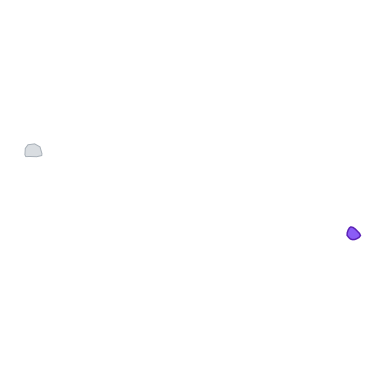 Cook Islands, with Mangaia highlighted, rotated 348°
{"feature_id": "COK-4952", "entity_name": "Mangaia", "entity_type": "state/province", "adm_level": 1, "iso_a3": "COK", "parent_name": "Cook Islands", "parent_adm1": "", "projection": "equal_earth", "projection_center": [-157.932, -21.908], "detail": "fine", "context": "in_parent", "style": "filled", "palette": "violet", "viewbox_px": 384, "rotation_deg": 348, "n_neighbors": 0, "source": "natural_earth", "source_scale": "10m", "svg_char_len": 546}
<svg xmlns="http://www.w3.org/2000/svg" viewBox="0 0 384 384"><g transform="rotate(348 192 192)"><path d="M52.6,125.1L47.5,125.2L41.0,123.6L36.8,122.8L36.3,120.8L38.0,114.7L41.4,111.7L48.1,112.2L52.7,116.3L53.2,123.3L52.6,125.1Z" fill="#d9dde1" stroke="#a8b0b8" stroke-width="1"/><path d="M340.1,259.2L342.2,260.2L344.0,262.2L347.2,267.3L347.7,269.6L345.9,271.2L343.2,272.0L341.2,272.3L338.9,271.9L337.2,270.9L335.9,269.1L334.7,266.6L335.4,264.1L336.9,261.6L338.6,259.8L340.1,259.2Z" fill="#8b5cf6" stroke="#5b21b6" stroke-width="1.5"/></g></svg>